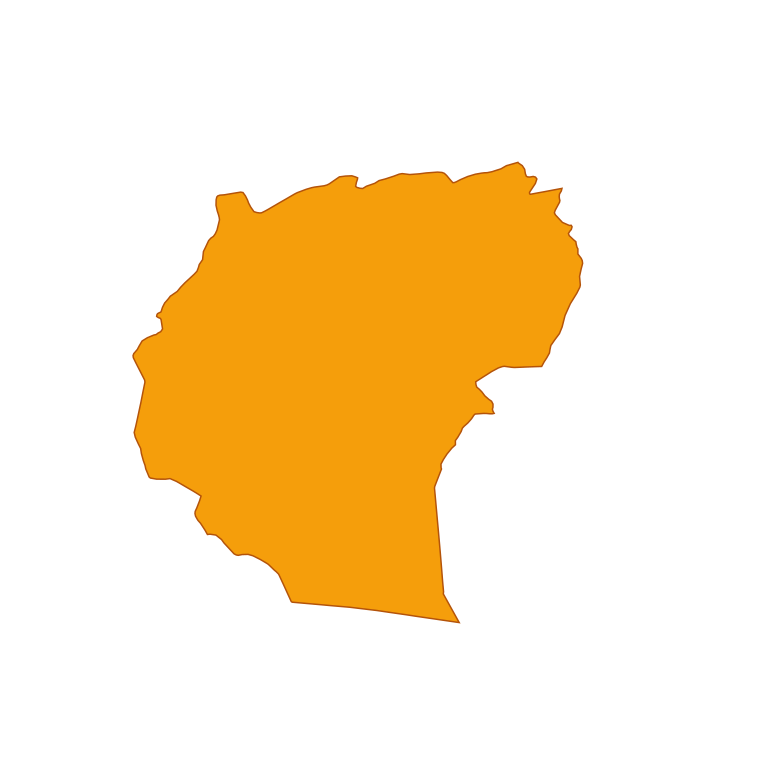 Ethiopia, Equal Earth projection, rotated 61°
{"feature_id": "ETH", "entity_name": "Ethiopia", "entity_type": "country or territory", "adm_level": 0, "iso_a3": "ETH", "parent_name": "Africa", "parent_adm1": "", "projection": "equal_earth", "projection_center": [38.934, 9.154], "detail": "fine", "context": "isolated", "style": "filled", "palette": "amber", "viewbox_px": 768, "rotation_deg": 61, "n_neighbors": 0, "source": "natural_earth", "source_scale": "50m", "svg_char_len": 3794}
<svg xmlns="http://www.w3.org/2000/svg" viewBox="0 0 768 768"><g transform="rotate(61 384 384)"><path d="M212.9,544.4L212.4,543.6L209.5,540.5L206.8,536.5L205.2,532.0L203.6,528.3L202.8,520.0L200.8,515.0L198.9,508.8L196.0,496.9L194.7,492.9L192.4,490.1L189.9,487.6L187.3,482.4L180.6,477.7L178.1,474.1L173.6,467.9L172.5,464.8L172.2,461.6L170.8,458.7L168.4,455.4L160.7,448.3L158.5,447.4L155.8,446.7L151.7,445.9L146.3,444.3L141.5,441.5L139.4,439.6L138.9,438.2L139.3,435.9L141.1,432.0L144.4,422.7L146.7,416.3L148.2,414.5L152.4,414.0L156.9,414.2L160.1,414.7L164.7,414.8L170.2,414.2L172.4,412.1L174.2,409.7L174.9,408.1L175.1,404.0L175.1,400.7L174.8,387.9L174.7,380.1L174.5,371.2L174.5,369.4L174.6,367.1L176.0,357.6L177.2,352.2L178.1,349.3L181.6,340.3L182.3,337.4L182.4,334.7L181.2,322.6L183.5,316.8L186.3,311.2L188.9,308.7L190.9,307.1L191.9,307.8L194.3,310.4L197.4,313.0L198.9,312.4L201.1,310.2L202.7,307.8L202.5,303.5L204.0,294.8L203.7,289.7L205.3,283.4L207.0,274.6L207.8,269.0L208.8,266.1L213.3,259.9L217.3,251.2L219.8,244.9L224.6,234.5L227.1,230.7L229.0,229.1L232.0,228.1L237.4,227.1L241.3,226.2L241.9,224.9L242.2,222.8L242.3,218.2L243.1,210.2L244.8,202.4L246.8,196.6L247.9,193.9L249.2,191.3L250.6,186.9L252.5,177.5L252.4,171.1L255.1,159.4L255.7,159.4L260.1,157.2L264.4,156.9L268.6,158.4L271.3,158.8L272.5,158.0L273.7,156.1L274.8,152.9L276.5,151.2L278.8,150.9L282.0,154.4L286.9,163.8L288.2,164.4L289.0,164.1L291.5,156.6L293.5,150.7L297.1,139.8L299.2,133.5L301.1,135.3L303.0,138.5L305.2,140.0L307.5,140.9L308.6,141.1L310.1,142.3L315.1,150.1L316.9,152.0L319.2,152.1L329.2,149.6L335.1,145.1L336.0,143.3L337.7,143.3L339.7,145.3L340.4,147.2L341.7,149.7L344.0,150.1L349.7,148.3L352.5,147.2L354.9,148.1L357.9,148.9L359.8,148.9L364.3,151.4L369.7,150.6L372.2,150.8L374.8,151.8L379.1,155.9L384.7,160.8L392.6,164.3L394.3,165.8L398.1,171.4L404.1,182.1L411.9,192.5L420.5,200.6L425.0,206.2L428.1,213.1L431.2,219.4L434.3,222.1L437.1,224.3L440.1,229.1L442.2,233.1L445.1,237.6L441.9,243.8L437.7,252.1L432.8,261.9L431.3,264.2L426.9,270.1L426.2,271.8L425.4,276.0L425.3,283.7L425.9,293.6L426.5,302.7L428.9,303.8L431.7,304.4L434.8,303.2L438.5,302.2L443.1,301.6L448.2,299.8L451.2,298.3L454.4,298.4L457.2,300.0L458.6,301.4L460.6,301.9L463.1,301.9L462.6,303.6L461.2,306.1L459.5,308.6L458.0,311.2L454.6,318.5L454.5,319.4L455.0,320.8L456.8,324.2L458.7,329.5L459.8,334.4L460.6,336.8L463.0,339.6L466.3,345.2L468.1,349.0L471.8,351.0L473.0,355.9L475.8,362.9L478.8,368.6L481.7,373.0L485.0,374.7L486.2,374.9L493.0,383.1L498.2,389.3L499.5,390.3L508.8,394.4L519.4,399.1L528.0,402.9L538.9,407.7L549.7,412.5L559.8,417.0L574.0,423.4L585.4,428.6L594.5,432.6L596.4,433.9L607.1,433.9L618.0,433.9L629.1,433.9L621.1,444.4L612.1,456.2L602.6,468.7L596.4,476.7L586.7,489.5L578.6,500.1L570.3,511.6L562.7,522.1L552.9,536.7L546.5,546.1L536.6,560.8L530.3,570.1L529.3,570.6L520.3,569.9L511.5,569.2L500.3,568.4L499.0,568.4L495.8,569.3L493.8,570.1L485.7,572.6L484.3,573.3L477.6,577.2L470.7,581.9L467.1,585.5L464.4,590.7L463.2,594.5L461.9,596.1L459.8,597.5L445.5,601.0L441.3,601.5L434.6,604.3L431.0,609.0L430.0,611.4L425.2,611.4L416.8,612.0L413.2,612.8L411.5,612.9L408.2,612.9L405.6,612.1L403.8,610.8L401.7,607.9L396.8,602.0L393.3,598.3L385.5,602.6L378.5,606.8L368.6,612.7L363.0,617.0L361.3,621.3L356.9,629.1L353.0,633.9L351.5,634.5L342.7,633.5L339.5,632.5L334.2,631.6L327.2,629.9L322.4,628.1L317.3,627.9L309.9,627.3L305.3,626.0L300.6,621.6L294.7,616.4L288.5,611.0L282.2,605.5L274.7,599.2L266.5,592.2L264.7,591.5L263.8,591.4L255.0,591.1L245.7,590.8L239.5,590.5L237.5,589.7L236.1,588.1L234.2,583.0L231.8,579.3L229.1,574.7L228.8,568.4L229.6,561.5L230.3,559.3L229.9,557.0L230.0,553.9L228.5,551.0L219.4,547.7L218.0,547.9L216.5,549.2L214.7,550.1L213.5,549.2L212.7,548.0L212.7,546.0L212.9,544.4Z" fill="#f59e0b" stroke="#b45309" stroke-width="1.5"/></g></svg>